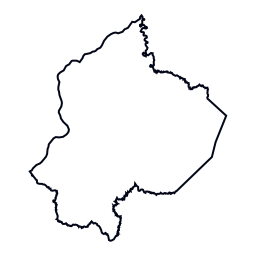 Cimitarra, Santander, Colombia
{"feature_id": "7082276B77867476816808", "entity_name": "Cimitarra", "entity_type": "district", "adm_level": 2, "iso_a3": "COL", "parent_name": "Colombia", "parent_adm1": "Santander", "projection": "robinson", "projection_center": [-74.255, 6.422], "detail": "fine", "context": "isolated", "style": "outline", "palette": "ink", "viewbox_px": 256, "rotation_deg": 0, "n_neighbors": 0, "source": "geoboundaries", "source_scale": "gbopen_adm2", "svg_char_len": 5764}
<svg xmlns="http://www.w3.org/2000/svg" viewBox="0 0 256 256"><path d="M29.8,171.4L32.0,174.5L31.9,175.4L32.1,175.6L32.5,175.1L36.1,179.8L36.8,180.1L37.1,182.7L37.5,183.2L39.1,183.8L42.2,183.9L42.9,184.4L44.5,184.5L46.3,185.9L47.4,187.4L48.6,187.1L49.2,188.6L50.5,188.6L50.5,189.5L51.1,190.4L52.2,190.7L55.3,190.3L56.1,190.7L56.4,191.8L56.9,191.4L57.3,193.6L56.7,194.3L56.7,195.0L56.2,195.3L56.3,196.3L55.4,197.9L55.8,198.4L55.3,199.8L55.0,200.5L53.5,200.4L53.2,200.9L53.4,201.8L56.1,203.2L55.8,204.2L56.6,204.8L56.1,205.4L56.4,205.9L55.7,207.4L56.1,207.9L55.7,209.5L55.9,210.4L56.3,210.3L56.1,211.6L57.7,215.9L57.4,218.6L56.8,219.1L57.5,219.3L57.8,220.3L58.3,220.5L58.2,221.3L58.9,221.6L58.9,221.2L59.4,221.2L59.6,221.6L60.4,221.4L61.1,221.8L61.1,222.1L61.8,222.2L62.1,223.2L63.1,224.0L65.5,223.8L66.1,223.3L66.9,224.0L67.1,225.0L68.0,225.6L68.6,225.2L70.3,226.1L70.7,225.8L71.5,226.1L73.1,224.6L74.7,224.9L75.4,224.6L77.5,225.2L77.8,225.9L78.9,226.2L79.0,226.8L79.4,226.4L81.1,226.8L81.6,227.8L82.1,227.3L82.5,227.7L83.1,227.4L83.2,226.9L84.2,226.4L85.6,227.0L87.6,226.8L87.6,225.9L88.3,225.6L88.5,224.6L89.7,224.1L89.8,223.3L90.7,222.9L90.9,222.1L91.4,222.1L91.7,221.5L93.6,223.5L95.1,223.0L97.1,224.1L97.3,225.2L99.0,226.1L99.7,227.0L101.1,229.8L101.7,232.2L102.4,233.3L103.9,234.0L105.5,232.9L106.4,233.7L106.3,234.2L107.3,234.3L107.2,234.9L108.1,235.5L109.0,240.1L109.9,240.6L111.4,240.6L113.8,239.3L115.9,236.0L116.7,235.3L117.1,235.3L117.1,235.7L117.9,235.3L118.0,234.8L117.6,234.5L117.4,233.8L118.2,233.7L117.5,233.1L118.2,232.3L117.6,231.8L118.1,231.0L118.0,230.3L118.9,230.1L118.9,228.8L118.3,227.7L118.8,227.5L118.4,227.1L118.4,226.6L119.1,226.5L119.0,225.6L119.7,225.3L120.0,224.4L119.8,223.2L120.3,223.0L119.8,222.4L120.6,220.9L120.5,219.5L120.9,218.5L120.3,217.9L120.8,217.3L120.7,216.9L119.8,216.8L120.1,216.3L119.4,216.4L119.4,215.7L119.2,216.4L117.8,216.0L117.4,216.3L116.7,215.4L117.3,215.2L117.0,214.6L116.4,214.6L116.7,214.2L116.4,213.8L115.8,214.4L115.8,213.1L115.2,213.1L114.9,211.9L114.4,211.7L114.3,210.3L113.4,210.7L113.4,209.8L113.8,209.5L113.1,208.9L113.6,208.0L113.3,206.8L113.9,206.6L113.6,205.7L114.1,206.1L114.7,205.3L115.6,205.4L115.6,204.8L116.5,204.7L117.0,204.3L116.8,203.8L117.7,203.6L115.5,202.1L115.6,201.7L115.1,201.4L116.2,201.0L115.9,200.3L117.0,197.8L117.9,199.2L118.9,199.6L119.4,199.2L121.3,199.5L121.8,199.0L122.2,199.5L122.5,198.7L123.2,199.6L124.2,199.6L124.4,198.7L124.1,196.8L124.4,196.0L125.1,196.5L125.6,195.8L126.6,195.8L126.5,194.6L125.9,194.2L126.1,193.7L126.6,193.9L126.4,193.1L127.1,193.6L127.2,192.2L127.6,193.3L127.9,192.1L128.2,192.6L129.3,191.9L130.0,190.5L130.7,191.0L130.5,189.6L131.1,188.2L131.2,189.4L131.7,188.7L132.4,189.0L132.7,188.7L132.6,188.0L133.5,186.8L134.8,186.3L135.1,183.6L136.6,185.8L138.1,186.9L138.2,189.9L138.6,190.7L139.6,190.9L141.0,189.6L142.4,189.5L143.0,189.8L144.2,192.3L145.4,192.8L145.5,192.1L146.1,191.5L147.6,191.5L148.4,192.0L149.1,191.7L150.0,192.2L150.3,192.9L150.9,192.5L151.1,192.9L151.9,192.8L151.9,193.2L153.7,192.9L153.8,193.4L154.8,193.5L156.4,194.9L157.1,193.9L159.6,193.8L160.4,193.4L160.7,192.8L162.0,193.7L163.3,193.8L164.3,193.2L165.1,193.5L165.2,193.1L168.0,193.8L169.2,192.6L170.1,193.5L170.7,192.8L171.0,192.9L171.2,193.7L173.3,192.5L174.4,193.2L175.7,191.3L176.3,191.3L211.9,157.0L215.6,142.1L226.2,115.7L207.5,98.6L207.3,97.3L208.0,96.3L208.1,94.9L207.5,93.7L207.4,92.2L207.7,91.2L207.5,90.2L208.0,89.5L207.4,87.7L205.6,88.1L205.7,87.7L203.7,87.1L202.8,85.4L202.1,85.5L201.6,86.2L201.1,86.0L201.2,85.5L200.1,85.4L199.4,84.6L198.4,85.8L197.2,86.1L196.6,87.1L194.4,87.1L194.5,87.5L193.1,87.6L193.2,87.9L192.2,89.1L191.4,89.1L191.6,88.6L191.0,88.4L190.7,89.2L190.4,89.2L190.3,88.6L189.7,88.3L189.7,87.9L189.4,88.1L189.4,87.6L188.6,86.8L188.6,85.1L188.9,84.7L188.7,83.7L188.3,83.5L188.4,83.0L187.5,82.9L186.9,82.2L186.1,82.6L185.4,82.4L184.9,80.9L185.4,81.1L185.5,80.6L184.7,79.7L184.8,79.1L184.0,78.9L183.3,79.4L183.2,78.7L181.8,78.0L180.6,78.3L180.5,77.8L180.1,78.3L179.5,77.0L176.9,75.3L175.4,75.8L172.9,74.4L172.0,73.0L171.3,73.1L170.8,72.5L170.6,72.9L167.5,72.4L167.5,71.6L167.0,71.4L164.7,72.0L163.6,71.6L163.0,72.4L161.8,72.4L161.4,71.6L160.5,72.3L158.9,71.0L158.3,71.5L158.3,70.7L157.3,70.6L156.5,71.4L156.4,72.2L155.8,71.4L155.6,71.8L155.3,71.2L155.1,71.8L154.5,71.8L152.9,67.2L151.9,66.8L150.5,66.8L150.0,66.2L150.7,65.0L153.3,65.8L153.9,65.2L153.7,61.8L154.3,60.0L153.7,58.7L153.7,56.7L152.5,54.8L152.7,53.3L151.0,53.0L148.1,55.3L145.9,54.1L145.8,56.3L143.5,55.4L142.7,54.0L142.8,53.4L143.6,52.7L145.5,53.8L146.0,53.3L145.6,51.0L147.1,49.1L147.5,47.8L145.7,45.2L145.5,44.0L145.9,43.2L147.4,43.0L147.6,42.2L145.2,40.8L144.5,39.9L144.9,38.7L146.8,37.6L146.7,36.3L145.7,35.6L143.9,35.6L143.4,34.9L144.0,33.0L143.6,32.2L141.4,32.0L140.7,31.4L141.7,29.3L142.7,28.2L143.9,28.0L145.9,28.6L147.0,27.9L146.6,27.0L145.1,26.5L143.8,24.9L142.2,25.2L140.7,26.6L140.1,26.2L140.0,24.9L142.3,23.8L142.2,20.6L143.2,19.9L144.2,19.8L144.3,19.3L144.0,19.0L142.4,18.6L142.5,16.8L141.5,15.4L140.2,16.9L139.9,18.9L134.9,22.2L132.2,21.8L128.0,27.8L124.5,29.4L122.5,31.8L118.2,33.3L116.0,32.6L113.9,32.8L111.0,34.1L107.5,36.5L104.1,40.7L101.9,45.4L100.3,47.7L97.3,49.1L95.7,50.8L94.7,51.3L92.6,51.7L90.1,53.2L84.7,54.3L83.3,56.0L82.5,58.2L79.7,62.1L76.8,60.7L72.4,60.7L71.5,61.1L69.2,64.3L66.1,66.0L63.7,70.4L60.4,72.3L58.3,74.3L57.7,75.8L57.7,77.3L58.0,79.2L59.4,82.0L58.4,86.8L58.3,89.7L59.0,91.5L59.5,95.2L61.7,101.3L61.9,103.1L61.4,106.3L58.9,110.8L58.8,112.5L60.2,115.5L61.0,118.6L63.4,122.0L67.4,125.8L68.9,129.4L68.7,131.2L67.7,133.1L66.2,134.7L62.9,136.9L59.2,137.4L55.7,137.1L53.6,138.3L48.8,144.3L48.5,146.7L47.6,148.9L47.1,154.0L46.0,156.7L41.5,162.1L39.8,163.5L36.4,165.0L32.9,168.4L31.9,170.3L29.8,171.4Z" fill="none" stroke="#020617" stroke-width="2"/></svg>